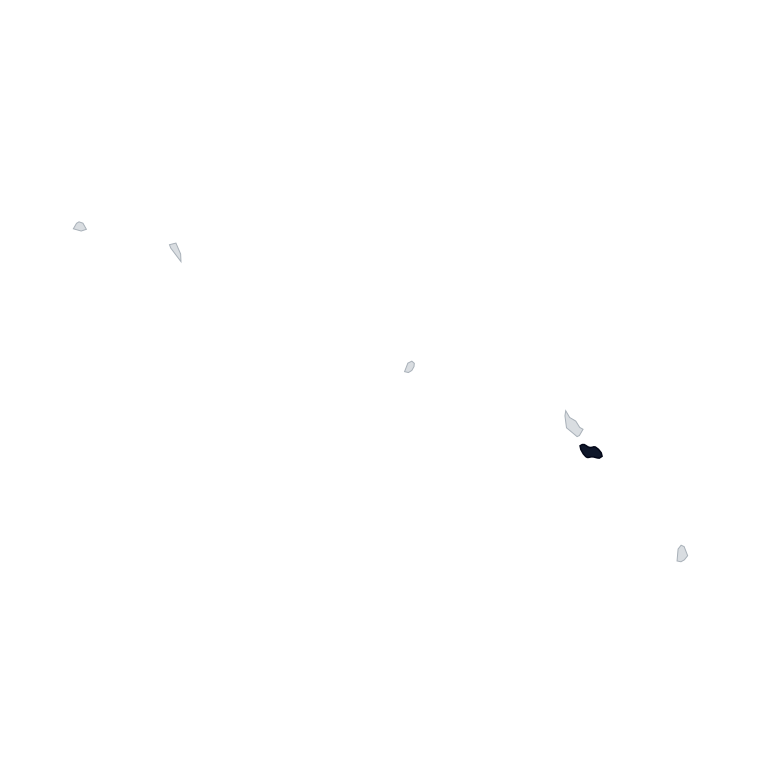 location of Tinian within Northern Mariana Islands, rotated 293°
{"feature_id": "MNP-4938", "entity_name": "Tinian", "entity_type": "state/province", "adm_level": 1, "iso_a3": "MNP", "parent_name": "Northern Mariana Islands", "parent_adm1": "", "projection": "mercator", "projection_center": [145.626, 14.999], "detail": "fine", "context": "in_parent", "style": "filled", "palette": "ink", "viewbox_px": 768, "rotation_deg": 293, "n_neighbors": 0, "source": "natural_earth", "source_scale": "10m", "svg_char_len": 1047}
<svg xmlns="http://www.w3.org/2000/svg" viewBox="0 0 768 768"><g transform="rotate(293 384 384)"><path d="M420.5,581.1L420.1,584.9L412.9,584.0L411.0,582.3L415.0,569.1L425.4,563.0L430.4,561.7L425.7,568.0L424.8,575.0L420.5,581.1ZM407.8,605.0L402.0,612.4L397.8,600.8L397.2,596.1L402.5,591.8L405.7,591.9L407.8,605.0ZM351.6,723.8L344.6,730.6L339.5,729.2L336.4,726.8L335.6,722.9L347.0,719.2L351.7,720.5L351.6,723.8ZM424.2,146.0L417.3,149.3L425.8,134.6L428.4,132.1L432.4,137.4L424.2,146.0ZM414.4,44.0L410.1,49.6L406.5,45.5L405.5,37.4L411.8,38.2L414.1,39.9L414.4,44.0ZM414.9,403.8L411.8,404.8L407.3,404.3L404.1,402.0L403.4,398.1L412.5,397.8L415.9,400.7L414.9,403.8Z" fill="#d9dde1" stroke="#a8b0b8" stroke-width="1"/><path d="M405.7,590.1L406.5,591.9L406.3,593.8L405.8,595.8L405.7,598.1L406.3,599.4L408.2,601.7L408.6,603.2L407.7,606.9L405.5,610.9L402.7,613.0L399.9,611.2L399.3,609.3L398.7,605.2L397.9,603.2L396.2,600.8L395.8,599.8L396.0,598.1L397.6,594.7L400.6,590.8L403.7,588.6L405.7,590.1Z" fill="#0f172a" stroke="#020617" stroke-width="1.5"/></g></svg>